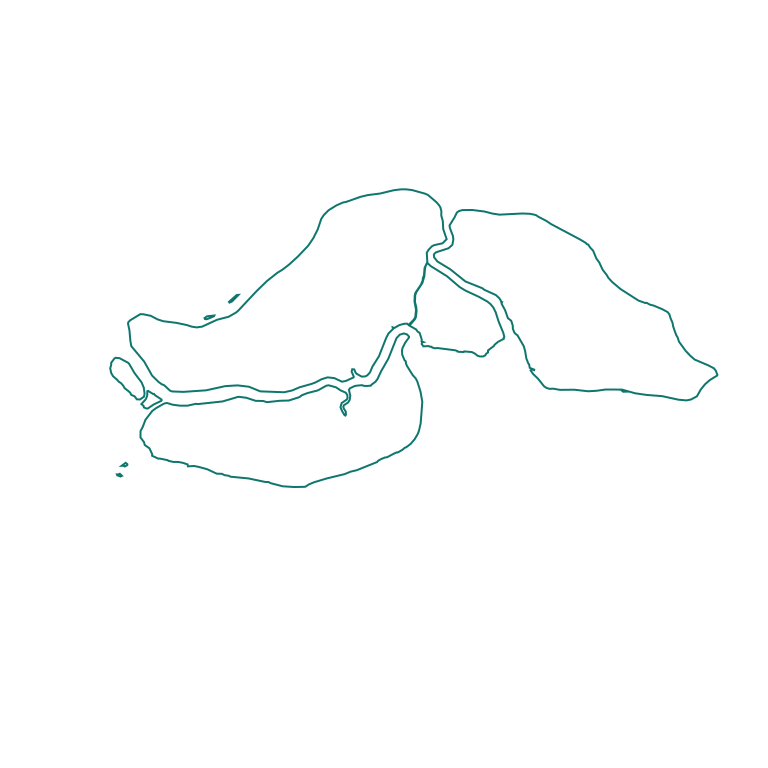 Kepulauan Meranti, Riau, Indonesia (Natural Earth projection), rotated 139°
{"feature_id": "22746128B32802105420608", "entity_name": "Kepulauan Meranti", "entity_type": "district", "adm_level": 2, "iso_a3": "IDN", "parent_name": "Indonesia", "parent_adm1": "Riau", "projection": "natural_earth1", "projection_center": [102.588, 1.052], "detail": "fine", "context": "isolated", "style": "outline", "palette": "teal", "viewbox_px": 768, "rotation_deg": 139, "n_neighbors": 0, "source": "geoboundaries", "source_scale": "gbopen_adm2", "svg_char_len": 6164}
<svg xmlns="http://www.w3.org/2000/svg" viewBox="0 0 768 768"><g transform="rotate(139 384 384)"><path d="M398.3,416.0L396.9,414.5L397.9,411.5L398.0,409.8L396.0,404.2L393.3,402.1L391.0,401.5L387.1,401.9L381.1,404.8L369.7,408.2L352.0,417.4L347.4,419.2L341.2,419.6L340.3,421.1L339.4,419.5L333.8,418.4L329.4,416.3L327.0,414.4L326.7,412.5L320.0,412.9L316.7,413.8L311.2,418.9L306.9,426.2L302.9,430.5L300.5,432.2L290.8,434.8L286.8,436.8L285.0,438.6L282.9,439.5L277.2,445.0L271.3,447.6L265.6,455.0L262.6,456.0L257.7,456.5L255.3,456.0L247.5,451.8L241.7,452.2L237.7,462.0L232.6,468.6L230.3,473.5L227.4,476.7L225.6,480.2L225.2,482.4L225.1,486.4L226.8,497.9L228.2,500.8L235.6,512.0L240.0,516.8L243.8,520.0L249.8,524.0L261.8,530.2L272.3,537.2L279.2,540.8L292.7,546.1L295.9,547.9L302.7,550.0L311.7,551.5L318.6,551.0L323.0,549.8L332.5,544.2L341.8,540.4L350.4,538.1L365.2,536.7L377.2,536.4L385.5,536.9L391.5,537.9L404.6,538.5L419.3,537.7L445.7,535.0L448.8,535.0L457.2,536.7L467.8,542.0L483.6,546.6L488.2,549.6L491.4,553.3L494.1,557.8L500.7,566.5L509.4,576.2L512.5,581.3L515.3,588.5L519.8,594.4L522.1,596.6L533.8,598.6L536.4,598.4L537.6,597.5L540.9,591.5L547.1,583.0L549.9,578.3L550.3,558.0L553.5,542.6L552.8,533.5L551.9,529.6L550.7,527.3L549.9,519.5L548.8,517.4L540.6,509.7L522.5,496.0L505.3,486.6L495.5,479.1L487.7,470.5L482.2,459.6L464.8,443.3L457.6,439.4L450.1,437.0L438.6,431.6L434.9,430.2L428.1,428.6L422.2,426.0L417.6,421.0L414.2,413.3L410.7,411.3L402.6,408.9L402.0,409.4L400.3,414.6L398.3,416.0ZM166.5,173.2L162.5,170.9L155.9,169.4L148.6,172.0L141.8,173.2L135.4,173.2L127.0,171.8L126.4,172.1L124.9,176.3L124.7,179.4L127.1,185.5L133.5,198.6L134.3,204.2L134.6,211.1L133.6,222.4L131.7,226.9L131.5,228.7L130.1,232.6L128.0,237.7L126.0,241.1L124.7,245.4L122.9,249.4L122.8,252.3L125.0,258.1L129.0,266.2L131.4,269.7L132.5,273.0L133.6,273.6L137.2,280.0L143.2,300.5L144.9,311.3L145.0,317.2L144.4,319.9L144.0,326.9L141.8,334.6L141.4,339.4L138.7,347.4L138.9,351.5L138.4,355.2L139.2,356.7L139.1,357.9L141.2,364.4L153.0,395.1L154.5,400.7L157.9,409.2L158.3,411.3L159.4,413.1L162.3,416.8L167.7,421.9L185.8,436.1L190.3,441.4L194.9,448.1L203.1,457.3L210.8,463.9L214.2,465.4L216.5,465.6L221.4,463.5L230.5,460.7L231.9,458.5L234.9,450.4L236.9,447.5L241.1,444.2L246.2,444.1L258.2,449.2L260.3,449.3L261.6,448.8L263.1,446.6L263.3,441.4L258.7,427.0L255.3,408.0L246.9,391.7L246.5,389.3L241.2,377.7L240.7,373.1L241.1,370.3L242.1,368.1L241.7,368.0L242.6,367.4L244.2,360.2L247.3,352.4L246.5,348.3L248.4,343.8L250.5,341.1L251.8,337.6L251.9,335.7L251.3,333.2L253.7,320.9L255.8,316.4L259.8,309.9L261.6,304.9L261.6,303.7L263.4,300.5L261.2,296.3L261.7,296.0L262.8,298.0L264.4,298.1L264.9,293.9L264.3,287.1L264.7,277.5L264.0,274.5L262.3,271.8L259.4,269.5L255.0,264.1L244.2,254.9L234.7,244.6L228.0,239.4L220.7,234.7L208.1,223.7L200.6,212.3L193.2,203.7L182.1,192.4L172.0,178.9L166.5,173.2ZM408.9,321.7L403.2,321.3L397.1,322.2L390.9,324.3L388.1,325.9L382.2,330.2L366.8,345.4L361.4,354.4L357.2,364.1L356.4,367.4L356.5,371.9L354.8,382.6L354.0,385.0L352.7,386.8L352.9,388.5L351.0,394.2L348.4,397.5L346.4,399.0L340.8,401.3L334.6,402.7L334.0,403.4L334.1,406.3L335.9,409.2L339.8,410.9L344.5,410.4L364.0,400.3L377.8,395.5L385.7,392.0L389.1,391.3L394.0,391.7L395.1,391.4L398.4,393.9L400.5,395.9L401.3,397.5L405.2,400.3L407.4,401.7L412.5,403.1L414.3,402.6L417.1,397.3L420.2,394.6L423.2,393.6L428.3,394.3L429.7,393.5L430.5,391.6L431.0,388.2L432.9,385.8L433.8,385.5L434.2,386.4L433.5,390.8L432.0,395.1L428.5,397.4L422.3,396.7L420.7,397.4L418.9,399.7L418.6,402.6L421.0,407.8L422.4,413.0L426.6,419.3L428.5,420.5L438.2,422.6L447.8,427.4L453.4,429.4L456.5,429.6L466.7,434.0L473.9,439.9L484.3,447.1L486.3,450.4L491.9,455.5L496.9,463.9L502.3,469.9L517.2,476.7L537.3,490.7L539.2,492.6L546.4,496.5L552.2,501.5L557.0,506.9L560.2,512.0L561.6,512.9L563.2,513.6L571.7,515.3L576.6,515.7L587.5,513.5L594.4,509.8L598.5,508.3L602.8,503.5L603.3,497.5L604.6,494.9L603.2,489.3L605.0,483.0L606.1,482.0L603.3,475.7L602.2,474.9L597.2,468.4L597.2,467.6L594.2,463.5L590.3,460.0L587.4,456.3L585.0,452.1L586.0,450.5L581.1,446.7L578.1,442.8L573.3,435.6L569.1,426.1L565.2,422.5L564.2,419.9L561.3,416.5L560.8,414.9L548.2,401.6L537.9,388.0L535.4,385.7L534.8,383.8L527.6,373.3L519.4,365.2L510.9,358.1L506.2,357.4L501.2,355.7L489.2,350.3L472.8,341.8L466.6,339.7L461.1,336.8L440.3,329.6L439.2,329.9L436.0,329.4L431.7,328.0L429.7,326.7L422.0,324.9L419.1,324.0L418.6,323.3L413.5,322.3L409.8,322.2L408.9,321.7ZM288.7,339.2L287.2,339.8L284.8,339.6L283.5,341.1L275.8,340.6L274.8,341.1L270.3,341.0L263.9,339.5L263.4,340.3L262.3,340.6L260.4,344.4L256.4,356.2L252.6,365.0L251.3,370.1L251.2,374.6L251.9,378.4L255.1,387.3L261.3,401.2L263.3,407.6L265.8,424.2L271.4,442.4L271.8,446.7L274.5,446.1L276.9,444.6L282.8,438.9L288.7,435.1L299.6,432.0L302.2,430.5L306.8,425.6L309.1,421.1L311.5,417.7L316.0,413.6L318.1,412.6L326.5,411.4L324.0,404.2L324.2,401.5L323.6,399.1L326.4,392.7L327.7,391.5L326.8,389.8L328.0,390.4L329.3,389.5L329.6,386.6L325.3,383.2L324.9,382.0L323.7,381.0L323.7,379.9L322.1,377.5L320.1,376.1L308.2,362.8L307.1,360.9L307.3,360.3L305.9,358.7L302.8,355.8L302.1,356.0L296.7,350.4L295.4,347.2L294.9,344.1L293.6,341.9L291.2,339.8L288.7,339.2ZM570.9,580.1L576.0,579.0L577.1,577.6L580.4,575.4L582.7,571.2L583.4,567.6L582.6,562.2L582.7,559.9L581.9,557.1L581.9,553.7L582.5,551.1L581.5,546.0L581.3,543.7L581.9,541.7L580.3,538.3L580.6,534.6L578.3,532.4L573.5,531.9L571.1,533.7L567.7,538.8L565.9,544.3L565.1,556.1L563.1,566.5L563.2,567.9L566.6,576.9L569.4,579.9L570.9,580.1ZM567.3,533.9L570.0,530.9L572.4,529.4L574.3,528.7L580.3,528.0L579.8,525.2L580.6,523.9L579.3,521.3L578.4,520.5L571.0,519.6L563.2,517.4L562.3,517.7L562.2,518.8L564.1,525.5L564.1,527.4L564.7,527.7L566.6,533.6L567.3,533.9ZM436.7,547.8L447.1,547.7L447.2,546.8L444.7,546.0L435.3,546.7L436.7,547.8ZM476.5,550.5L475.3,549.2L472.1,548.0L467.8,546.7L467.1,547.0L473.2,551.2L476.2,551.5L476.5,550.5ZM635.7,494.4L633.8,492.7L633.7,491.8L631.8,491.3L630.8,491.3L630.3,491.9L630.7,494.0L635.7,494.4ZM645.2,490.0L643.5,487.0L642.0,486.6L642.3,489.6L643.8,490.0L644.9,491.0L645.2,490.0ZM208.9,223.3L208.6,221.3L206.8,219.8L207.7,222.6L208.9,223.3Z" fill="none" stroke="#0f766e" stroke-width="2"/></g></svg>